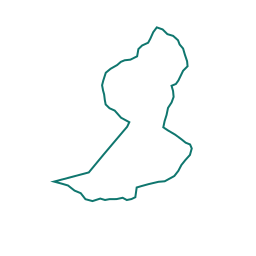 outline of Campestre, Alagoas, Brazil, rotated 235°
{"feature_id": "56859067B46779863168741", "entity_name": "Campestre", "entity_type": "district", "adm_level": 2, "iso_a3": "BRA", "parent_name": "Brazil", "parent_adm1": "Alagoas", "projection": "orthographic", "projection_center": [-35.539, -8.885], "detail": "fine", "context": "isolated", "style": "outline", "palette": "teal", "viewbox_px": 256, "rotation_deg": 235, "n_neighbors": 0, "source": "geoboundaries", "source_scale": "gbopen_adm2", "svg_char_len": 1070}
<svg xmlns="http://www.w3.org/2000/svg" viewBox="0 0 256 256"><g transform="rotate(235 128 128)"><path d="M82.2,67.9L80.4,71.9L76.3,77.9L73.9,83.6L69.7,85.7L67.8,90.1L67.1,94.3L74.3,101.0L72.6,106.0L70.2,112.7L66.4,122.2L63.3,127.5L62.1,138.4L64.0,144.6L67.1,150.6L68.9,156.8L70.4,163.3L74.7,168.5L78.9,169.4L82.9,166.8L87.8,165.4L95.5,162.8L103.2,159.3L108.3,157.3L112.6,161.9L116.6,167.1L121.5,172.3L123.9,178.3L127.3,183.2L132.4,186.1L137.6,187.9L136.6,192.5L138.0,196.5L143.3,206.0L144.4,212.2L148.8,214.7L155.6,216.7L161.5,218.7L166.8,218.2L171.2,219.3L177.6,217.8L182.3,214.1L188.9,212.9L193.9,209.3L192.0,203.6L188.4,197.6L186.3,193.4L187.5,186.9L186.7,181.8L181.5,176.6L182.6,169.2L185.4,164.1L186.3,160.1L185.8,155.2L186.5,147.7L186.0,141.5L181.0,134.9L177.9,131.3L173.1,129.1L169.2,127.7L164.3,125.1L160.1,123.2L154.8,124.2L149.9,127.1L140.4,128.2L132.0,132.4L129.5,128.0L128.2,122.9L120.3,92.9L114.1,70.4L126.5,36.7L120.4,41.8L115.3,45.9L107.4,48.3L101.7,51.9L94.1,52.3L88.5,57.0L86.1,64.8L82.2,67.9Z" fill="none" stroke="#0f766e" stroke-width="2"/></g></svg>